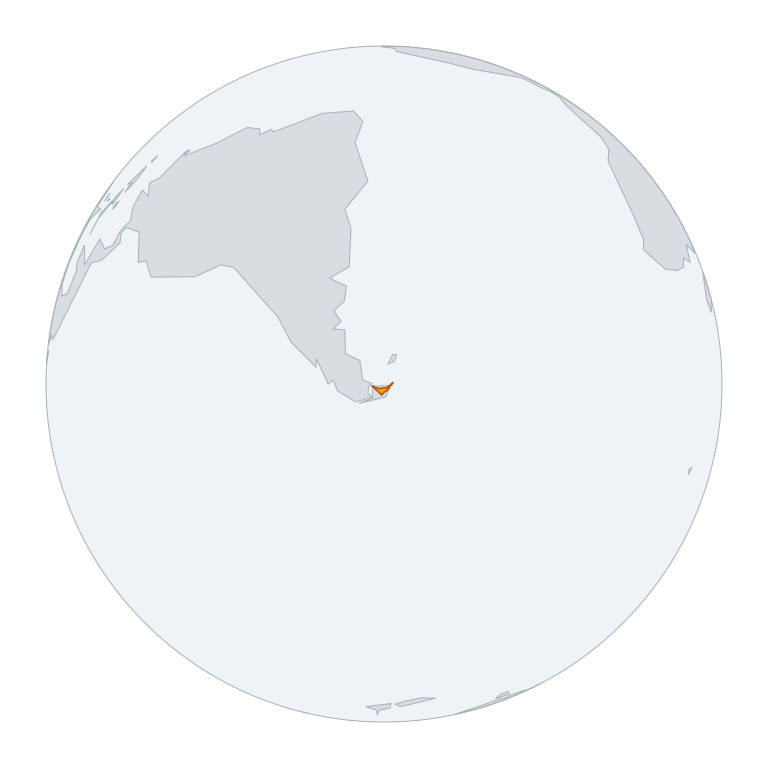 Tierra del Fuego on an orthographic globe, rotated 315°
{"feature_id": "ARG-1272", "entity_name": "Tierra del Fuego", "entity_type": "National Territory", "adm_level": 1, "iso_a3": "ARG", "parent_name": "Argentina", "parent_adm1": "", "projection": "orthographic", "projection_center": [-65.869, -53.846], "detail": "fine", "context": "on_globe", "style": "filled", "palette": "amber", "viewbox_px": 768, "rotation_deg": 315, "n_neighbors": 0, "source": "natural_earth", "source_scale": "10m", "svg_char_len": 5292}
<svg xmlns="http://www.w3.org/2000/svg" viewBox="0 0 768 768"><g transform="rotate(315 384 384)"><circle cx="384" cy="384" r="338" fill="#eef3f6" stroke="#a8b0b8"/><path d="M168.1,124.0L169.9,123.8L162.1,129.4L159.8,131.2L168.1,124.0ZM336.9,49.4L307.1,55.7L307.4,60.1L294.3,59.4L281.8,62.7L266.4,67.9L266.1,68.4L246.3,75.9L227.2,85.7L218.5,94.0L223.9,96.1L246.2,86.6L253.6,80.6L270.4,74.2L256.7,88.0L285.7,80.5L281.9,90.9L290.1,94.2L305.1,89.4L320.4,89.2L331.9,81.2L350.2,76.0L350.1,84.5L360.5,75.9L370.5,79.5L407.1,79.5L404.2,81.3L435.0,95.0L468.7,106.0L476.5,115.7L472.4,119.9L484.2,124.2L484.4,127.8L531.4,148.8L555.4,169.3L554.6,183.6L534.4,192.6L516.1,229.0L479.8,232.8L470.6,250.7L442.3,276.5L420.3,270.7L426.6,288.3L414.5,297.3L400.2,296.8L397.9,309.3L387.3,309.3L394.5,318.1L378.1,335.3L383.5,350.4L371.8,365.9L375.8,375.3L371.1,375.2L366.3,379.0L366.1,384.6L351.4,376.8L346.3,356.1L350.9,345.3L344.6,344.4L354.2,318.3L347.8,323.9L347.8,288.9L356.3,261.6L360.2,195.3L352.6,184.3L326.4,174.6L294.9,143.7L302.9,128.7L296.2,124.3L318.2,103.6L312.7,91.4L305.0,91.2L297.1,97.5L271.3,96.7L262.8,91.3L188.1,116.3L181.4,118.4L183.1,114.6L173.9,119.3L194.6,104.2L216.3,90.6L239.0,78.8L262.6,68.6L286.8,60.3L311.7,53.9L336.9,49.4ZM304.9,63.1L338.2,61.6L318.5,65.2L322.4,63.6L314.1,63.3L298.4,65.1L281.4,70.4L304.9,63.1ZM321.4,56.1L315.6,56.9L321.4,55.8L321.4,56.1ZM376.4,394.5L352.8,380.0L365.9,386.0L374.1,377.1L386.8,389.1L376.4,394.5ZM401.0,372.8L411.0,369.2L413.7,372.2L407.3,375.4L401.0,372.8ZM701.8,499.0L696.2,511.4L696.5,499.0L686.4,514.4L685.1,506.6L678.4,513.3L671.7,511.2L664.2,501.8L662.3,473.2L670.1,464.7L681.2,437.1L700.1,384.7L709.0,377.0L712.1,362.7L709.8,315.7L710.9,305.9L708.3,294.2L704.1,284.1L700.0,270.3L696.7,263.1L669.4,224.3L656.0,201.6L627.8,157.6L629.0,154.4L620.3,143.2L622.2,144.3L638.6,161.8L653.7,180.4L667.4,200.0L679.8,220.6L690.6,242.0L699.9,264.1L707.6,286.8L713.7,310.0L718.1,333.6L720.9,357.4L721.9,381.4L721.2,405.4L718.9,429.2L714.8,452.9L709.1,476.2L701.8,499.0ZM408.3,79.4L412.6,81.4L406.7,81.1L408.3,79.4ZM315.4,68.1L322.7,67.0L326.3,67.3L320.7,68.5L315.4,68.1ZM377.1,62.0L385.6,62.5L376.6,63.1L377.1,62.0ZM343.5,61.7L370.3,62.0L353.0,64.9L336.1,65.2L347.9,63.3L343.5,61.7ZM317.3,58.9L321.7,58.4L320.1,59.4L317.3,58.9ZM325.7,55.4L323.9,55.7L321.8,55.6L325.7,55.4ZM542.5,660.7L535.4,663.3L539.3,660.0L542.5,660.7ZM674.7,556.4L666.1,564.6L672.0,552.4L679.9,541.7L688.3,530.6L686.0,535.6L674.7,556.4ZM167.7,624.0L165.5,618.2L175.2,623.6L188.0,632.0L198.4,642.7L167.7,624.0ZM254.5,689.2L253.5,692.0L240.5,685.2L247.1,685.8L254.5,689.2ZM158.9,617.1L150.1,611.6L145.5,613.1L148.1,609.2L142.9,599.2L163.1,615.0L158.9,617.1ZM199.5,667.1L226.8,680.8L244.2,688.9L247.1,691.2L254.4,694.0L265.2,699.1L270.2,702.2L277.5,704.6L273.1,703.2L247.6,693.2L223.0,681.1L199.5,667.1ZM275.9,704.1L280.8,705.7L282.3,706.2L275.9,704.1ZM94.8,558.8L94.4,558.0L97.1,562.6L94.8,558.8Z" fill="#d9dde1" stroke="#a8b0b8" stroke-width="1"/><path d="M374.6,389.7L374.5,388.1L374.5,386.5L374.4,385.0L374.4,383.4L374.3,381.8L374.2,380.2L374.2,378.7L374.1,377.1L374.3,377.2L374.4,377.4L374.6,377.8L374.9,378.2L375.0,378.3L375.2,378.5L375.3,378.6L375.4,378.8L375.5,379.0L375.6,379.7L375.7,379.8L375.6,379.7L375.4,379.2L375.2,379.3L375.0,379.5L374.8,379.7L374.6,379.9L374.5,380.2L374.5,380.4L374.5,380.6L374.7,380.8L374.9,380.9L375.0,380.9L375.2,381.0L375.5,381.0L375.8,381.0L376.1,381.2L376.2,381.3L376.2,381.5L376.3,381.8L376.3,382.1L376.6,382.6L377.3,383.4L377.5,383.6L377.6,383.8L377.8,383.8L378.1,384.0L378.0,384.4L379.1,385.3L379.6,385.7L380.0,385.9L380.2,386.0L380.3,386.1L380.9,386.4L381.1,386.6L381.3,387.0L381.6,387.3L381.7,387.5L381.9,387.5L382.0,387.7L382.3,387.8L382.6,388.0L383.7,388.6L383.8,388.6L384.0,388.7L384.3,388.7L384.6,388.8L385.4,388.7L385.6,388.7L385.9,388.6L386.4,388.7L386.5,388.7L386.5,388.8L386.4,388.9L386.3,389.0L386.2,389.3L386.1,389.5L386.1,389.8L385.9,389.9L385.8,390.3L385.7,390.4L385.6,390.2L385.4,390.1L385.3,390.3L385.0,390.4L384.9,390.4L384.8,390.5L384.7,390.6L384.5,390.4L384.4,390.3L384.2,390.3L384.0,390.2L383.9,390.3L383.7,390.2L383.6,390.3L383.7,390.5L383.4,390.7L383.2,390.8L382.9,390.8L382.5,390.8L382.3,390.8L382.3,391.0L382.1,391.1L381.7,391.1L381.4,391.0L381.3,390.9L381.2,390.8L381.1,390.7L380.8,390.5L380.7,390.5L380.4,390.4L380.1,390.3L379.0,390.2L378.3,390.1L377.9,390.2L377.0,390.1L376.5,390.0L376.3,389.9L376.0,389.9L375.8,389.8L375.7,389.7L375.7,389.8L375.7,390.0L375.0,390.1L374.9,390.1L374.7,389.9L374.6,389.7L374.6,389.7ZM390.7,389.3L390.8,389.3L391.0,389.2L391.0,389.3L390.9,389.4L390.9,389.5L390.7,389.6L390.5,389.8L390.4,389.8L390.4,389.7L390.5,389.6L390.4,389.5L390.2,389.6L389.9,389.8L389.6,389.8L389.4,389.8L389.5,389.7L389.4,389.6L389.2,389.6L389.0,389.8L388.9,389.9L388.7,389.9L388.6,390.0L388.4,390.1L388.3,390.3L388.2,390.3L388.0,390.2L387.8,389.8L387.8,389.7L388.0,389.5L388.3,389.7L388.6,389.6L388.5,389.3L388.4,389.2L388.5,389.2L388.6,389.3L388.8,389.4L389.0,389.3L389.0,389.5L389.1,389.4L389.1,389.2L389.3,389.2L389.4,389.3L389.5,389.2L389.6,389.3L389.8,389.4L389.8,389.2L389.9,389.3L390.0,389.3L390.0,389.2L390.1,389.4L390.3,389.3L390.7,389.2L390.8,389.3L390.7,389.3ZM374.6,390.3L374.6,390.1L374.6,389.8L374.7,390.0L374.8,390.1L374.8,390.3L374.6,390.3Z" fill="#f59e0b" stroke="#b45309" stroke-width="1.5"/></g></svg>